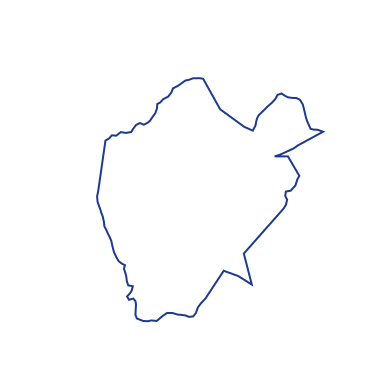 Marechal Deodoro, Alagoas, Brazil (Albers equal-area conic projection), rotated 123°
{"feature_id": "56859067B1400711858977", "entity_name": "Marechal Deodoro", "entity_type": "district", "adm_level": 2, "iso_a3": "BRA", "parent_name": "Brazil", "parent_adm1": "Alagoas", "projection": "albers", "projection_center": [-35.91, -9.719], "detail": "fine", "context": "isolated", "style": "outline", "palette": "blue", "viewbox_px": 384, "rotation_deg": 123, "n_neighbors": 0, "source": "geoboundaries", "source_scale": "gbopen_adm2", "svg_char_len": 1684}
<svg xmlns="http://www.w3.org/2000/svg" viewBox="0 0 384 384"><g transform="rotate(123 192 192)"><path d="M247.4,269.2L251.6,265.9L254.7,261.9L256.7,259.2L258.8,256.8L261.0,253.7L265.0,249.6L268.6,246.7L270.2,243.7L272.5,240.2L274.5,236.7L276.9,233.1L280.2,229.8L282.4,227.5L284.9,224.7L287.7,220.2L289.9,215.9L290.3,211.8L289.9,208.3L293.4,207.3L296.5,203.4L298.8,201.0L302.5,197.9L305.0,194.6L303.3,190.3L307.6,188.9L311.2,188.9L315.0,189.6L316.7,186.1L313.4,183.3L314.4,179.9L316.7,177.8L321.2,175.2L325.9,172.5L328.1,169.3L326.8,162.8L324.4,158.6L321.9,156.2L319.4,151.4L314.9,150.0L311.4,148.9L307.0,147.0L304.0,142.2L302.7,137.5L300.7,133.7L299.0,130.0L298.5,126.8L295.8,123.3L291.3,122.8L285.6,124.2L280.7,123.9L273.9,122.7L240.8,122.5L237.3,107.4L237.1,91.4L215.4,115.0L156.3,106.2L151.6,106.2L146.6,108.1L144.5,111.7L140.5,113.5L137.2,110.0L130.2,108.8L124.2,110.5L120.0,110.8L109.9,130.9L117.1,142.1L112.9,138.6L100.0,130.4L95.3,128.6L70.1,114.9L71.4,120.6L73.4,123.9L74.4,127.0L69.6,134.4L67.0,137.5L63.9,140.7L61.5,143.2L58.2,146.8L55.9,151.6L56.3,155.5L58.5,159.2L60.2,162.9L60.7,166.2L60.6,170.5L63.8,173.1L68.9,172.8L73.6,173.6L77.1,174.6L80.8,175.5L85.3,176.5L91.4,177.9L94.9,177.5L98.0,176.5L101.6,175.0L107.4,174.4L108.9,183.6L107.3,213.4L91.0,244.3L92.2,247.3L96.1,253.1L99.9,255.9L102.0,258.2L106.5,260.0L110.8,261.7L115.5,264.4L119.5,263.5L125.0,263.9L129.7,266.7L134.2,267.4L137.1,269.0L141.0,266.9L145.8,265.7L151.3,266.0L154.9,266.0L158.2,267.0L161.8,269.0L162.5,273.2L166.2,275.4L169.9,275.7L174.8,275.7L178.4,279.5L180.6,284.4L186.0,286.2L188.1,290.1L192.2,290.7L196.0,292.6L242.7,271.0L247.4,269.2Z" fill="none" stroke="#1e3a8a" stroke-width="2"/></g></svg>